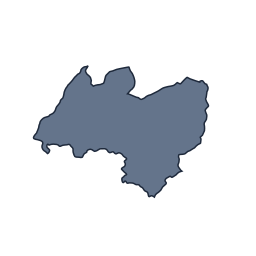 Dong Van, Hà Giang, Vietnam (Robinson projection), rotated 245°
{"feature_id": "81297802B35887218353447", "entity_name": "Dong Van", "entity_type": "district", "adm_level": 2, "iso_a3": "VNM", "parent_name": "Vietnam", "parent_adm1": "Hà Giang", "projection": "robinson", "projection_center": [105.266, 23.242], "detail": "fine", "context": "isolated", "style": "filled", "palette": "slate", "viewbox_px": 256, "rotation_deg": 245, "n_neighbors": 0, "source": "geoboundaries", "source_scale": "gbopen_adm2", "svg_char_len": 5849}
<svg xmlns="http://www.w3.org/2000/svg" viewBox="0 0 256 256"><g transform="rotate(245 128 128)"><path d="M187.6,85.5L186.8,84.9L185.9,84.3L184.7,83.4L183.4,82.3L182.8,81.7L182.6,81.3L182.0,79.4L181.6,78.6L181.1,78.1L180.7,77.9L179.7,76.8L179.1,75.8L178.2,74.0L177.7,72.9L177.4,72.3L176.5,71.2L174.6,69.4L173.7,67.9L173.3,67.1L173.1,66.5L173.0,65.7L172.9,64.8L172.9,63.8L172.9,63.2L172.9,62.9L172.8,62.5L172.2,61.3L172.1,61.0L172.7,57.1L172.7,56.0L172.6,55.2L172.3,54.2L172.0,53.2L171.1,51.5L170.5,50.8L169.3,49.9L168.3,48.8L167.7,48.3L166.4,47.4L166.0,47.1L164.0,45.1L162.9,43.8L162.2,43.2L162.0,42.8L161.2,41.0L160.7,40.0L160.1,39.2L159.6,38.6L159.2,38.3L158.8,38.2L158.3,38.2L157.9,38.4L157.4,38.9L156.8,39.5L156.2,40.3L155.9,40.8L154.5,42.4L153.8,43.2L153.1,43.8L152.6,44.2L152.1,44.4L151.5,44.6L150.8,44.5L150.2,44.3L149.6,43.9L148.8,43.1L148.1,42.5L147.5,42.2L146.7,41.9L145.7,41.8L144.8,41.8L143.8,42.0L142.8,42.4L141.4,43.3L140.1,43.8L139.3,44.1L138.9,44.2L138.9,44.5L139.0,45.3L139.7,46.5L140.3,47.1L141.0,47.6L141.8,47.5L143.3,47.0L144.1,46.6L144.8,46.5L145.7,46.7L146.6,47.2L147.1,47.8L147.2,48.4L147.0,48.7L146.3,49.0L146.0,49.1L145.9,49.3L145.8,49.7L145.7,51.1L145.4,52.2L144.9,53.6L144.1,54.9L143.3,56.3L142.5,57.2L141.9,57.6L140.8,58.0L140.4,58.3L140.2,58.6L140.0,59.2L140.0,60.5L139.9,61.7L139.2,63.9L138.6,65.5L138.3,67.1L138.1,67.6L137.7,68.0L136.8,68.4L135.9,68.5L135.0,68.8L133.7,69.3L132.6,69.4L131.6,69.1L130.5,68.5L128.9,68.0L126.4,67.7L124.7,67.8L124.2,68.1L123.5,68.9L122.2,71.3L121.2,72.8L120.9,73.8L120.9,74.4L122.7,76.7L123.2,77.6L123.3,78.5L123.4,79.7L123.6,80.4L124.2,80.8L124.6,81.2L124.8,81.7L125.0,82.4L125.0,83.4L124.8,84.4L124.6,85.0L124.0,85.7L123.4,86.3L122.0,87.1L121.3,87.6L121.0,87.9L120.8,88.7L120.6,89.9L120.9,93.1L120.9,93.8L120.6,94.7L120.0,96.0L119.3,97.6L118.8,98.5L117.7,99.4L116.8,99.7L116.0,99.9L115.1,100.0L114.5,100.2L113.9,100.6L113.6,100.8L113.3,101.2L113.2,101.7L113.1,102.1L113.0,103.7L112.8,104.3L112.4,104.7L110.7,105.3L110.1,105.7L109.8,106.0L109.6,106.3L109.6,106.8L109.5,108.2L109.5,109.0L109.1,109.7L108.4,110.4L107.6,111.0L106.7,111.5L104.4,112.0L102.2,113.2L101.8,113.5L101.4,113.7L100.8,113.7L100.4,113.5L100.1,112.8L99.8,112.0L99.7,111.3L99.5,110.9L99.4,110.7L99.2,110.6L98.8,110.4L98.1,110.5L97.2,110.5L96.8,110.4L96.2,110.2L95.8,109.9L95.4,109.6L95.1,109.3L94.8,108.8L94.6,108.4L94.4,106.5L94.2,105.5L94.0,105.2L93.6,104.8L93.3,104.8L92.5,105.0L89.4,106.1L87.6,107.0L87.0,107.1L86.6,107.1L86.4,107.0L86.3,106.8L86.3,106.4L86.4,105.5L86.2,104.9L86.1,104.4L85.7,103.7L85.5,103.0L85.4,102.2L85.2,101.6L85.0,101.3L84.4,100.9L84.0,100.7L83.0,100.4L81.9,100.2L81.3,100.2L80.9,100.3L80.7,100.5L80.5,100.8L80.6,101.4L81.1,102.4L81.1,102.9L80.9,103.2L80.5,103.5L80.0,103.6L79.3,103.6L79.1,103.6L78.7,103.8L78.4,104.0L78.1,104.4L77.7,106.1L76.8,107.8L76.1,109.0L75.1,110.0L73.8,110.9L73.2,111.5L72.9,112.1L72.4,113.2L71.8,113.9L70.8,114.2L69.9,114.4L69.1,114.9L68.1,115.7L67.5,115.9L66.9,116.1L64.7,116.4L63.9,116.7L63.0,117.4L62.0,118.2L61.7,118.4L61.0,118.5L60.2,118.4L58.3,118.0L57.7,117.9L57.3,117.9L57.0,118.1L56.8,118.3L56.8,120.1L56.8,120.4L56.6,120.7L56.3,121.2L55.4,122.0L54.2,122.7L55.5,124.1L55.9,124.7L56.5,126.3L56.9,128.6L57.8,131.4L59.9,134.4L60.2,135.4L60.9,137.7L61.2,138.7L61.9,139.4L62.2,139.5L64.2,139.2L65.0,139.5L65.7,140.3L66.2,141.3L66.5,144.7L66.5,145.5L66.4,145.8L66.2,146.0L65.1,146.6L64.8,147.0L64.7,147.3L64.8,148.7L65.3,152.1L65.7,152.8L66.2,154.4L66.4,155.4L66.4,156.3L66.1,158.6L67.3,158.0L70.9,157.3L72.2,157.3L73.5,157.7L75.2,159.4L76.6,160.4L77.5,160.8L77.8,161.1L78.9,161.4L80.3,161.5L81.6,162.2L82.1,162.6L82.2,163.1L81.9,164.4L81.2,166.1L80.8,167.5L80.7,167.9L80.6,168.7L80.7,169.3L81.5,172.3L81.3,174.5L81.8,178.2L81.9,179.9L82.8,182.0L83.4,184.2L83.5,186.2L83.5,186.9L83.7,187.4L84.0,187.6L86.8,189.3L87.3,189.5L88.5,189.5L88.9,189.5L89.2,189.7L90.0,192.4L93.2,196.1L95.2,197.2L97.4,198.1L99.3,198.6L100.6,199.5L101.5,201.0L102.7,202.7L105.2,204.3L106.5,204.9L109.8,205.1L111.4,205.4L111.7,205.7L112.1,206.2L113.0,208.1L113.5,209.6L113.8,210.1L114.0,210.3L115.0,210.5L116.1,210.5L118.5,210.3L120.8,210.5L121.5,210.6L122.0,211.0L122.9,211.9L126.6,214.3L127.5,214.8L128.3,215.9L129.5,216.9L130.5,217.5L131.4,217.7L131.9,217.7L133.3,217.6L134.2,217.8L134.3,217.8L135.5,216.6L136.3,216.3L138.9,215.7L139.3,215.4L139.6,215.0L139.8,214.4L139.9,213.7L140.0,213.2L139.8,212.8L139.6,212.5L139.3,212.4L139.6,212.0L142.2,209.2L146.3,205.0L148.8,203.1L148.9,202.7L148.5,201.2L147.7,199.0L146.0,194.8L145.9,194.2L146.2,193.6L148.3,191.8L148.1,190.8L147.6,189.4L147.3,187.5L147.4,186.6L147.8,184.7L148.6,181.9L149.2,178.7L149.4,176.9L149.4,176.2L149.2,174.3L148.8,171.5L148.7,169.8L148.5,162.8L148.9,160.6L148.9,159.2L148.8,157.8L148.4,156.4L148.2,155.3L148.2,152.6L148.4,152.0L148.6,151.7L149.5,151.0L151.0,150.3L151.2,150.1L152.5,148.4L158.5,143.0L159.2,142.0L161.2,146.4L161.5,148.0L162.7,150.5L163.9,151.8L165.1,152.6L165.7,153.0L166.7,153.5L167.4,153.9L168.9,154.3L171.0,154.7L173.3,154.9L175.6,154.9L178.7,154.3L181.1,154.4L182.6,154.6L182.9,154.5L183.4,152.9L185.2,145.7L185.9,142.5L186.2,138.1L186.6,136.3L186.7,135.5L186.7,135.0L185.1,130.6L184.3,129.5L180.2,126.2L178.9,124.8L178.9,124.2L179.1,121.2L180.0,118.6L180.5,116.3L180.6,114.2L181.7,113.9L183.3,113.1L183.7,113.1L184.4,113.4L185.7,114.2L186.3,114.7L187.6,115.0L188.9,115.2L189.8,115.3L190.8,115.0L192.0,114.6L193.9,113.7L194.7,113.5L196.0,113.4L196.8,113.4L197.3,113.5L198.1,113.9L198.6,114.3L199.7,115.9L199.9,116.5L200.6,117.2L201.3,118.2L201.1,117.5L201.2,116.7L201.3,116.0L201.7,114.8L201.8,114.0L201.8,113.4L201.5,112.0L201.2,111.1L200.7,110.1L199.4,109.1L198.5,108.0L198.0,107.0L198.0,105.4L197.8,104.7L197.2,103.3L196.8,101.9L196.1,100.3L194.7,97.8L193.8,95.8L192.7,93.1L192.4,92.0L191.1,90.1L190.5,88.9L189.4,87.4L187.6,85.5Z" fill="#64748b" stroke="#1e293b" stroke-width="1.5"/></g></svg>